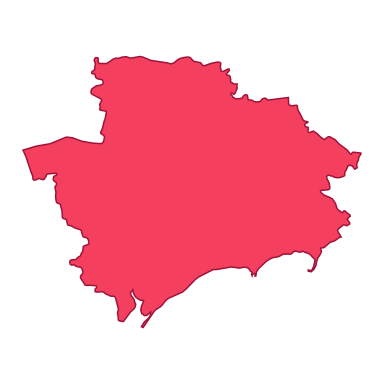 the border of Zaporizhzhya
{"feature_id": "UKR-331", "entity_name": "Zaporizhzhya", "entity_type": "Region", "adm_level": 1, "iso_a3": "UKR", "parent_name": "Ukraine", "parent_adm1": "", "projection": "equal_earth", "projection_center": [35.703, 47.193], "detail": "fine", "context": "isolated", "style": "filled", "palette": "rose", "viewbox_px": 384, "rotation_deg": 0, "n_neighbors": 0, "source": "natural_earth", "source_scale": "10m", "svg_char_len": 5856}
<svg xmlns="http://www.w3.org/2000/svg" viewBox="0 0 384 384"><path d="M213.3,269.5L198.6,277.0L195.3,279.5L186.2,288.9L182.6,292.0L169.2,298.0L167.1,299.3L165.3,301.1L161.9,305.4L160.1,307.0L156.2,309.4L154.5,310.9L143.1,327.5L141.4,326.7L144.4,321.9L148.6,318.1L150.2,315.7L150.6,312.0L146.7,315.4L144.5,315.6L141.8,313.5L140.8,310.2L141.4,306.4L143.7,300.9L142.9,300.4L139.9,300.0L135.8,297.2L134.4,295.2L133.2,292.6L132.9,289.9L130.4,292.8L131.2,295.6L133.3,298.3L134.4,300.4L134.7,302.3L135.4,303.4L135.7,304.6L135.2,306.8L134.3,308.5L130.5,312.0L123.4,321.6L119.3,320.9L118.3,320.0L118.2,316.8L117.6,313.9L117.6,312.3L118.4,310.0L118.3,308.6L115.6,298.1L114.9,296.9L114.2,296.3L111.0,296.2L109.8,295.8L108.1,294.8L107.1,294.6L105.6,293.8L103.0,291.7L97.1,292.1L95.1,291.7L95.1,289.4L95.3,289.0L96.4,287.9L96.6,287.3L96.6,286.4L95.6,285.7L90.3,285.3L86.4,285.4L84.8,284.9L83.9,283.0L81.2,279.1L80.4,277.3L80.7,275.8L82.7,273.4L83.0,272.3L82.7,270.8L81.6,268.1L80.4,267.2L77.8,266.8L76.1,266.3L74.2,264.9L73.6,264.8L71.8,265.1L70.7,264.7L70.2,264.3L69.8,262.2L69.9,261.1L70.1,260.7L71.4,259.9L76.1,259.4L77.8,257.4L80.0,256.2L80.6,255.3L81.5,253.0L82.8,251.3L83.1,247.5L83.4,246.4L84.2,245.9L88.7,244.2L88.9,243.5L88.9,242.4L88.4,240.2L87.6,238.4L86.7,237.8L84.2,237.3L82.9,236.3L82.6,235.8L81.4,231.1L80.6,229.8L74.7,227.9L71.4,225.9L68.6,225.4L67.9,225.1L67.4,224.1L66.7,220.6L66.1,219.4L63.1,218.4L62.4,217.5L62.3,216.5L62.1,211.6L60.4,204.7L60.0,204.1L59.4,203.8L56.9,202.8L56.3,201.7L55.8,198.7L55.6,196.0L56.0,192.5L55.1,188.0L55.0,187.0L55.4,186.1L56.3,185.3L56.5,183.5L56.1,182.5L53.7,180.7L53.2,179.6L53.4,177.8L53.7,176.7L54.5,176.0L56.5,175.1L57.0,174.2L56.8,173.8L55.6,173.3L48.0,173.9L47.1,174.3L46.6,174.6L45.9,176.7L44.9,178.0L44.4,179.0L43.6,179.6L42.4,179.6L39.6,178.6L38.1,178.7L35.3,180.1L34.1,180.1L33.4,179.8L32.9,178.9L32.9,176.7L32.5,175.5L31.4,173.1L26.0,156.8L23.0,150.1L36.0,146.2L50.2,143.7L65.7,137.3L66.9,137.1L72.5,137.8L82.0,141.3L93.5,143.2L100.9,143.6L102.2,143.2L102.9,142.5L103.7,140.9L104.4,137.8L104.4,136.8L104.0,135.9L103.3,135.2L100.7,133.4L100.6,132.4L102.5,128.2L104.1,121.5L105.0,119.3L106.3,112.6L106.2,111.6L105.2,111.0L100.5,110.2L99.7,109.6L100.2,106.6L99.7,104.7L100.2,103.1L101.5,100.9L101.7,99.9L101.5,99.4L100.8,98.8L92.2,94.3L91.4,93.6L91.0,92.7L91.0,91.6L91.3,90.2L91.7,89.2L92.4,88.5L96.0,86.0L100.9,85.0L102.1,84.6L103.0,83.4L103.2,82.2L102.9,80.7L102.3,79.9L97.7,78.8L96.2,77.9L95.4,76.7L95.2,75.0L94.9,74.2L94.5,74.0L92.2,73.7L91.9,73.5L91.8,72.3L92.0,71.5L94.1,70.2L94.7,69.3L95.0,65.8L95.5,64.1L94.2,60.4L94.3,59.6L94.8,58.4L96.0,57.6L97.3,57.7L98.1,58.1L98.1,60.3L98.4,62.3L98.8,63.1L99.3,63.4L106.2,63.6L109.1,62.0L112.8,59.3L115.8,58.1L117.9,58.3L119.8,58.0L121.6,57.2L125.8,56.7L127.0,56.9L130.0,58.0L130.9,58.1L139.9,56.5L143.2,57.2L150.5,60.3L168.0,63.0L170.0,63.8L171.7,63.6L173.5,63.1L174.6,62.4L177.1,60.2L179.9,58.5L184.6,57.4L187.7,57.0L189.0,57.2L190.2,57.6L193.2,60.9L194.2,61.4L200.2,62.6L201.1,63.2L202.7,65.6L204.9,65.6L211.0,63.4L217.6,62.0L220.0,62.4L220.7,63.2L220.8,63.6L220.3,67.2L220.9,69.0L221.0,70.6L221.2,71.1L221.7,71.4L223.6,71.3L227.7,69.1L229.0,69.0L229.4,69.8L229.3,70.4L228.7,71.3L226.6,73.6L226.4,74.6L227.1,75.1L229.2,75.5L230.0,76.2L230.7,79.6L230.5,81.7L230.7,82.2L232.2,82.7L233.0,83.5L233.8,84.0L237.2,84.0L236.8,86.3L237.2,88.1L235.1,93.3L234.5,94.0L233.9,94.2L233.4,94.1L232.1,93.1L231.2,93.0L230.9,93.3L230.8,93.7L230.9,94.7L232.5,96.1L232.9,97.4L234.5,98.0L235.1,98.7L236.0,98.9L241.1,98.4L242.0,98.1L243.4,96.0L244.3,95.2L245.7,94.7L246.8,94.8L247.4,95.6L248.1,99.5L249.2,99.9L252.3,100.3L254.0,101.5L256.1,101.9L259.7,101.7L260.4,101.3L261.7,99.5L262.9,98.6L264.5,98.1L266.1,98.5L267.1,99.6L267.9,100.1L288.4,97.5L288.6,103.4L289.3,105.1L291.8,105.8L296.0,105.3L296.7,105.3L297.1,105.6L297.3,106.0L297.7,109.0L298.0,110.0L301.2,115.9L302.8,119.5L304.1,120.9L307.7,121.8L307.9,122.2L307.8,122.5L305.5,123.4L304.7,124.3L304.8,125.5L305.5,126.7L308.0,127.3L308.3,127.7L308.4,128.2L307.9,130.8L308.0,131.8L308.3,132.3L308.9,132.5L309.9,132.3L313.4,131.1L316.6,133.2L321.0,137.4L324.2,139.6L328.3,136.7L329.8,136.8L334.7,139.4L335.6,140.1L338.5,143.5L347.4,150.2L349.9,153.5L350.6,154.0L351.2,154.1L351.6,153.8L352.3,152.5L353.3,152.2L360.8,153.0L361.0,153.4L360.9,153.9L358.9,157.2L358.6,158.2L358.5,160.0L357.4,162.0L356.8,163.7L356.7,164.9L357.1,167.3L357.1,167.8L356.8,168.1L354.7,169.2L353.1,166.9L352.0,165.9L350.4,165.3L349.1,165.5L348.3,166.0L347.5,166.7L346.4,169.6L345.0,172.0L344.7,173.1L344.8,174.6L344.5,175.7L343.7,176.3L339.6,177.6L337.3,177.7L335.2,177.4L333.9,177.1L332.6,176.1L330.4,175.9L329.3,175.1L328.3,175.2L327.4,175.6L326.6,176.7L326.8,178.1L329.3,183.3L329.9,187.9L329.6,188.9L328.8,189.5L327.8,189.8L321.3,190.4L320.4,191.1L320.7,192.0L321.3,192.8L324.1,195.1L329.9,197.5L332.4,198.9L334.7,202.2L335.6,203.8L336.9,208.1L337.9,209.7L342.2,212.7L342.6,212.6L343.8,211.0L344.6,210.8L350.0,215.1L350.2,215.7L350.2,216.2L348.6,217.5L347.2,219.1L349.6,222.7L349.8,223.5L349.6,224.1L347.0,225.7L345.9,225.5L344.3,224.8L343.2,225.0L338.9,228.5L337.9,229.8L337.7,230.5L337.9,231.5L341.1,237.0L340.1,237.2L338.9,237.8L335.2,240.5L333.9,241.1L330.0,242.4L324.1,247.6L320.5,248.1L321.5,251.5L320.0,254.8L317.8,258.0L316.7,261.6L315.9,265.5L313.9,269.4L311.1,271.8L308.2,271.1L308.2,270.0L309.1,270.0L311.4,270.9L313.5,266.8L314.8,261.6L314.8,259.1L313.8,258.4L309.7,254.1L308.0,253.3L304.3,252.1L302.7,251.1L300.9,252.1L298.9,252.0L295.8,251.1L293.8,251.5L291.7,253.6L290.8,254.1L283.4,254.1L278.7,256.6L273.1,257.6L269.5,259.2L266.2,261.4L258.6,268.6L256.5,271.9L255.8,276.1L255.0,276.1L255.0,274.0L254.6,273.5L252.4,274.4L252.1,275.6L251.6,274.3L251.8,273.7L252.0,272.1L250.4,271.1L248.8,268.7L248.1,268.1L245.8,267.2L243.8,267.2L239.6,268.1L231.4,267.0L216.0,269.6L213.3,269.5Z" fill="#f43f5e" stroke="#9f1239" stroke-width="1.5"/></svg>